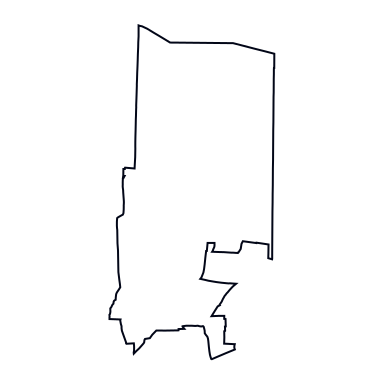 Rayón, México, Mexico (Mercator projection), rotated 269°
{"feature_id": "50627088B92517734283443", "entity_name": "Rayón", "entity_type": "district", "adm_level": 2, "iso_a3": "MEX", "parent_name": "Mexico", "parent_adm1": "México", "projection": "mercator", "projection_center": [-99.574, 19.139], "detail": "fine", "context": "isolated", "style": "outline", "palette": "ink", "viewbox_px": 384, "rotation_deg": 269, "n_neighbors": 0, "source": "geoboundaries", "source_scale": "gbopen_adm2", "svg_char_len": 3634}
<svg xmlns="http://www.w3.org/2000/svg" viewBox="0 0 384 384"><g transform="rotate(269 192 192)"><path d="M24.5,208.9L26.6,214.0L30.2,222.9L33.8,232.1L34.7,231.8L35.8,231.6L36.5,231.6L38.0,231.8L39.1,232.1L39.8,221.5L46.1,221.8L52.2,221.8L52.5,222.0L52.4,222.5L52.6,222.7L56.9,222.6L57.0,223.4L64.4,223.3L64.6,222.0L67.6,222.1L67.7,217.4L67.5,209.4L72.5,212.6L77.2,215.7L78.2,217.7L78.3,217.6L78.8,217.6L79.4,218.0L79.9,218.4L80.9,219.1L81.9,219.8L82.3,220.0L83.0,220.3L83.8,220.7L84.8,221.2L85.9,221.9L87.2,222.6L87.9,223.1L88.6,223.8L89.6,224.5L90.4,225.2L90.8,225.7L93.6,228.1L95.5,229.9L96.7,231.1L97.4,231.9L99.0,233.9L99.5,234.5L99.6,233.3L99.8,230.9L100.0,228.8L100.0,226.6L100.3,223.9L100.8,219.7L101.5,215.0L102.0,212.2L103.0,206.9L103.9,203.5L105.0,198.8L106.3,199.9L108.9,201.0L111.3,202.0L114.6,202.7L119.5,203.4L126.2,204.2L132.8,205.1L132.8,205.8L140.8,206.7L140.7,213.6L138.5,213.6L136.9,213.4L135.9,213.0L134.5,212.3L132.8,211.7L131.9,211.1L131.5,218.2L131.3,222.9L131.0,226.3L130.7,229.8L130.6,232.3L130.4,234.3L130.3,235.9L130.2,236.8L130.9,237.2L130.9,237.5L134.2,239.7L139.3,240.6L141.9,242.0L139.8,255.5L140.2,255.6L139.2,261.6L138.2,267.6L129.1,267.3L124.5,267.1L123.3,270.9L123.8,271.0L133.3,271.2L141.7,271.4L145.9,271.5L150.2,271.6L158.6,271.8L162.8,271.9L171.2,272.1L179.9,272.4L184.2,272.5L188.5,272.6L197.2,272.9L205.8,273.1L214.2,273.3L222.6,273.6L226.8,273.7L231.0,273.8L239.4,274.0L243.6,274.1L252.1,274.3L260.5,274.6L268.9,274.8L273.1,274.9L281.5,275.1L285.7,275.2L289.9,275.4L298.3,275.6L303.3,275.7L308.3,275.9L313.3,276.0L314.6,276.1L314.6,276.4L319.1,276.5L323.5,276.6L327.9,276.7L328.8,276.7L331.5,267.0L334.2,257.0L337.1,246.6L340.1,235.7L341.0,202.6L341.6,180.5L341.8,172.7L345.8,166.4L348.8,161.6L352.0,156.4L356.0,150.1L358.5,145.0L359.0,142.8L359.5,141.5L353.7,141.4L348.5,141.3L342.7,140.9L337.5,140.7L330.9,140.3L324.4,140.0L318.7,139.7L312.2,139.3L305.6,139.0L300.7,138.7L299.0,138.7L292.8,138.4L286.9,138.1L279.5,137.7L277.4,137.7L276.1,137.6L269.0,137.3L267.3,137.2L265.5,137.1L260.1,136.9L255.1,136.7L248.5,136.4L243.1,136.2L238.3,136.1L236.5,136.1L227.7,135.8L220.9,135.3L216.5,135.0L217.5,125.5L217.2,125.3L216.8,125.2L216.2,125.2L216.2,123.8L209.8,123.6L209.2,123.5L209.3,123.6L209.2,124.9L206.9,123.6L206.4,123.1L204.8,123.0L202.6,122.9L200.7,122.9L199.0,122.8L197.4,122.9L195.8,123.1L194.3,123.2L193.2,123.2L187.7,123.5L185.9,123.6L184.1,123.7L182.5,123.7L180.9,123.6L179.9,123.5L178.4,123.5L175.6,123.4L172.1,123.1L170.6,122.5L169.4,120.2L167.9,117.5L167.2,116.7L163.8,116.4L159.6,116.3L157.4,116.4L155.3,116.6L148.3,116.6L141.9,116.6L134.8,117.0L125.2,117.0L117.2,117.0L113.8,117.0L113.2,117.0L105.5,117.8L101.4,118.3L98.0,118.6L96.1,117.4L92.8,115.1L91.2,114.4L89.1,114.1L87.3,113.9L85.6,113.8L85.2,113.0L84.6,112.2L83.5,111.7L81.7,111.5L80.7,110.5L78.1,109.2L77.1,108.3L74.6,108.3L73.5,108.3L71.5,107.9L70.7,107.3L68.7,107.4L68.2,107.3L66.4,107.3L65.8,118.3L64.7,118.0L61.2,118.6L59.1,119.2L56.9,119.2L54.5,119.5L50.0,121.0L42.9,123.4L41.7,123.5L41.4,123.8L41.7,131.2L39.3,131.4L37.1,131.4L34.5,131.3L32.5,130.9L31.4,131.0L32.6,132.2L33.9,133.5L36.6,136.5L41.1,140.6L42.3,141.5L44.9,141.9L45.9,142.5L46.6,147.3L47.7,148.1L50.0,149.8L54.1,153.9L54.1,155.3L53.9,162.7L53.9,176.1L54.2,176.2L55.2,176.2L55.3,182.0L56.8,180.8L57.9,180.2L58.0,180.4L58.4,184.1L58.3,186.8L58.3,189.4L58.0,192.9L58.2,195.5L57.8,196.7L57.5,198.1L57.4,199.0L57.7,200.6L57.1,201.3L55.2,201.8L53.4,202.2L51.6,202.3L50.5,202.3L48.6,203.6L47.1,204.8L45.2,205.4L42.7,205.7L36.5,206.2L32.5,206.6L29.0,207.1L26.6,207.7L25.2,208.2L24.9,208.2L24.5,208.9Z" fill="none" stroke="#020617" stroke-width="2"/></g></svg>